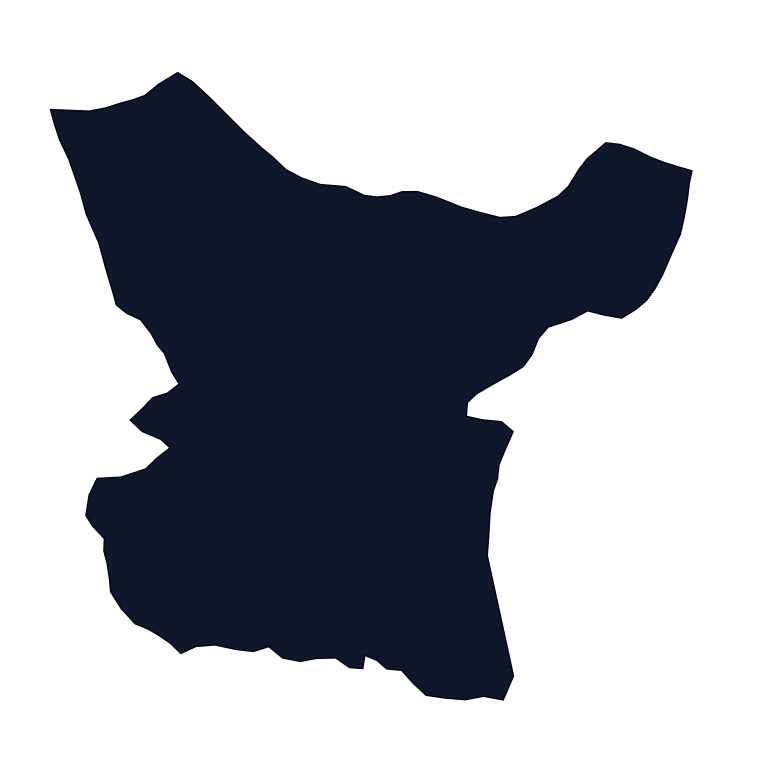 São José, Santa Catarina, Brazil, rotated 267°
{"feature_id": "56859067B94566880150120", "entity_name": "São José", "entity_type": "district", "adm_level": 2, "iso_a3": "BRA", "parent_name": "Brazil", "parent_adm1": "Santa Catarina", "projection": "natural_earth1", "projection_center": [-48.654, -27.59], "detail": "fine", "context": "isolated", "style": "filled", "palette": "ink", "viewbox_px": 768, "rotation_deg": 267, "n_neighbors": 0, "source": "geoboundaries", "source_scale": "gbopen_adm2", "svg_char_len": 1792}
<svg xmlns="http://www.w3.org/2000/svg" viewBox="0 0 768 768"><g transform="rotate(267 384 384)"><path d="M126.7,222.4L123.8,239.6L127.8,255.2L115.8,268.4L111.4,285.8L113.6,302.2L113.0,321.5L102.7,334.7L101.0,347.9L114.1,350.6L108.5,362.4L99.4,371.8L97.2,386.6L83.9,397.3L71.0,409.7L67.4,427.6L64.5,448.6L67.0,467.1L62.3,486.5L85.7,498.0L207.2,478.1L224.3,480.3L249.2,483.0L271.6,487.5L283.6,492.4L297.2,494.5L312.1,501.5L329.6,510.4L340.1,499.4L343.0,480.3L347.4,464.4L361.2,466.3L369.2,475.5L375.4,487.5L381.0,498.6L386.7,510.4L394.3,524.1L405.6,533.2L421.6,540.7L432.3,550.9L438.7,574.6L446.5,591.2L441.6,606.8L437.4,624.8L445.4,639.3L453.6,650.3L465.0,659.5L478.5,667.8L497.4,677.2L518.1,687.7L534.9,692.5L552.3,696.5L569.2,699.5L580.7,702.7L585.2,689.8L590.5,675.3L596.7,661.6L605.6,645.8L610.9,631.8L613.2,618.1L598.3,598.8L588.7,590.4L571.6,578.6L562.3,567.6L552.1,545.6L544.3,524.3L544.1,508.5L550.5,487.8L556.7,469.8L567.6,446.5L574.3,427.6L575.0,412.1L571.6,400.0L571.0,386.3L573.4,373.9L583.0,356.2L586.5,330.7L593.9,312.7L603.0,297.4L616.1,285.0L625.7,274.5L643.0,257.3L678.8,225.1L695.9,208.5L705.7,194.2L695.2,174.9L684.6,160.4L681.0,148.6L678.1,135.4L674.1,120.1L671.9,103.7L675.5,65.3L661.0,68.5L645.2,72.8L624.8,81.1L591.5,90.8L569.2,95.6L539.7,106.7L517.4,111.5L503.7,114.7L489.4,118.2L477.0,120.9L468.3,130.6L461.0,144.3L447.2,153.9L435.2,159.6L426.1,166.3L407.2,172.7L394.7,179.5L386.1,167.1L382.3,152.1L373.6,143.2L361.2,128.7L349.2,140.2L340.5,158.2L331.4,167.1L322.3,153.9L311.6,141.6L304.7,116.3L304.7,92.7L288.7,83.8L268.3,79.5L257.2,85.7L244.3,96.7L232.0,95.6L219.6,98.1L203.8,99.7L190.7,100.2L173.4,109.9L157.6,123.0L151.8,135.4L144.5,146.4L136.5,156.9L125.6,167.1L131.8,182.4L132.3,201.5L126.7,222.4Z" fill="#0f172a" stroke="#020617" stroke-width="1.5"/></g></svg>